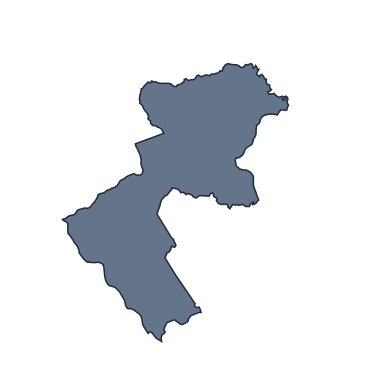 the district of São Bento do Tocantins, Tocantins, Brazil, rotated 152°
{"feature_id": "56859067B59328995641391", "entity_name": "São Bento do Tocantins", "entity_type": "district", "adm_level": 2, "iso_a3": "BRA", "parent_name": "Brazil", "parent_adm1": "Tocantins", "projection": "natural_earth1", "projection_center": [-47.96, -5.95], "detail": "fine", "context": "isolated", "style": "filled", "palette": "slate", "viewbox_px": 384, "rotation_deg": 152, "n_neighbors": 0, "source": "geoboundaries", "source_scale": "gbopen_adm2", "svg_char_len": 4505}
<svg xmlns="http://www.w3.org/2000/svg" viewBox="0 0 384 384"><g transform="rotate(152 192 192)"><path d="M179.2,309.7L180.9,309.2L183.7,308.3L186.7,306.8L188.4,306.8L189.9,304.9L191.0,303.3L192.1,302.5L193.7,300.3L195.0,298.5L195.2,296.8L196.5,295.0L195.3,292.1L195.3,290.2L195.6,288.2L195.2,285.2L194.5,282.3L194.9,279.0L196.6,277.4L196.0,275.5L195.3,274.1L196.3,272.1L195.6,269.3L192.7,267.2L192.0,265.4L190.7,264.3L189.5,262.2L189.4,260.1L189.4,257.1L194.9,257.8L213.4,260.3L219.5,261.1L220.0,258.8L220.0,255.1L220.2,253.5L220.3,249.9L220.6,248.2L221.3,246.0L221.8,244.0L223.8,241.1L224.4,238.5L224.8,235.3L225.3,233.6L227.9,231.4L229.9,231.2L231.2,232.1L232.5,232.6L233.7,233.7L234.6,235.5L236.7,235.8L238.6,236.0L240.6,236.2L242.8,236.3L244.8,235.6L247.1,235.7L248.9,235.8L251.2,235.3L252.3,234.1L253.8,233.6L255.5,232.6L258.0,232.2L259.4,232.6L261.0,233.1L262.9,232.7L266.5,233.4L269.6,232.6L271.3,232.9L274.1,233.7L276.4,233.6L278.0,231.7L279.4,231.0L280.7,230.0L283.1,229.0L285.1,228.2L287.9,226.9L289.3,226.5L291.3,226.4L294.5,228.3L297.0,228.8L298.7,229.2L301.2,229.7L302.7,229.2L304.9,227.7L307.3,227.3L309.6,228.2L311.9,228.6L313.9,228.4L315.2,228.1L317.0,228.2L319.2,228.7L318.7,226.8L317.5,225.6L316.8,224.1L316.6,222.2L319.6,216.5L320.8,213.9L320.0,209.0L319.6,205.2L319.6,202.4L319.0,199.6L318.7,197.6L319.1,195.0L319.1,193.1L320.1,191.8L320.0,190.0L319.7,187.6L319.3,184.9L318.7,182.3L317.3,179.0L315.7,178.3L313.2,176.5L310.6,175.1L307.7,174.0L305.3,171.4L304.7,170.0L305.1,167.1L308.8,158.1L309.8,153.7L309.6,149.8L308.7,147.8L306.9,146.3L305.3,144.6L304.3,143.0L302.9,138.2L302.6,132.0L302.4,128.7L302.6,127.0L303.6,124.1L304.0,121.4L303.7,119.4L300.4,117.3L299.2,115.9L298.1,113.9L295.7,108.6L295.4,105.6L295.8,103.7L297.7,98.3L297.7,94.7L297.4,90.0L297.1,87.7L295.4,88.4L293.6,87.3L292.3,79.8L290.4,76.6L289.0,74.3L288.6,76.0L286.7,78.9L285.4,80.0L283.4,80.1L281.3,81.1L281.7,83.5L279.2,85.7L275.5,88.4L267.6,87.5L264.2,80.5L262.7,79.5L257.3,79.4L255.6,80.2L254.5,81.8L250.6,83.3L242.1,82.3L240.5,81.4L239.9,84.0L239.8,87.1L242.3,88.0L243.3,90.2L241.5,92.3L242.1,94.6L242.6,100.9L245.5,126.8L246.3,139.6L246.7,146.9L244.0,148.6L242.8,150.2L241.0,149.6L238.3,150.8L235.4,153.7L233.3,151.3L231.2,152.4L230.7,159.2L231.6,161.4L233.3,189.0L226.3,195.4L225.4,196.7L223.4,198.6L221.4,200.0L219.9,200.2L218.0,201.4L216.6,200.7L210.5,203.1L209.0,203.5L207.9,205.1L204.3,202.2L202.5,199.7L202.3,196.7L200.2,196.0L198.9,194.2L198.6,192.5L196.4,192.6L193.6,189.5L192.9,186.5L190.9,184.7L188.6,185.1L186.6,185.2L184.9,183.9L183.0,183.0L181.5,181.9L178.7,180.3L177.3,181.3L175.7,182.0L173.9,181.0L174.9,178.1L173.0,174.5L174.5,173.0L174.2,170.1L173.5,168.7L171.6,167.1L166.7,164.6L167.3,161.5L166.4,159.4L164.1,160.7L161.8,161.9L160.2,160.4L158.0,159.3L156.6,158.2L153.1,157.2L151.5,154.0L148.1,152.2L146.5,153.7L144.4,154.2L142.5,154.3L144.3,152.3L142.2,151.9L140.3,152.2L138.6,153.3L136.9,153.5L136.3,159.0L135.7,161.7L135.4,164.9L134.7,169.0L130.4,177.0L130.7,180.6L131.3,182.2L132.7,184.7L134.5,186.5L136.0,187.1L138.9,189.8L140.8,194.5L139.7,197.0L139.0,199.7L137.6,201.3L134.3,200.3L132.0,200.4L130.5,200.7L127.8,202.2L126.3,203.7L124.1,205.2L122.6,205.4L116.9,205.9L114.3,208.1L113.4,209.6L111.3,210.7L109.5,211.9L108.3,213.1L105.9,217.3L103.9,220.2L102.3,220.7L99.8,221.4L97.6,223.8L95.3,225.4L92.5,225.7L88.2,224.9L84.6,223.2L80.4,220.0L77.8,221.6L75.9,222.5L74.4,222.7L72.7,221.4L71.1,220.1L69.6,220.0L68.5,221.6L66.1,223.2L66.0,226.6L63.8,228.9L63.2,230.7L64.3,232.5L66.0,229.8L68.6,230.0L68.8,231.8L67.2,231.7L65.9,232.7L67.7,234.4L70.5,234.6L72.3,237.0L73.2,240.5L75.5,241.1L78.5,242.7L77.7,244.9L75.7,244.4L73.8,245.1L74.5,247.2L73.2,249.8L74.9,251.7L74.9,254.4L73.3,256.7L74.8,258.1L74.5,260.2L75.1,263.0L77.1,263.2L78.3,262.0L79.8,265.9L77.3,267.8L75.3,268.9L76.7,270.1L76.1,271.8L76.5,273.9L78.1,272.7L79.9,272.4L78.8,276.4L80.2,277.9L82.9,277.9L85.0,279.5L86.7,278.2L88.2,278.4L90.1,278.4L91.3,281.5L92.9,283.4L95.4,284.8L98.4,287.0L100.0,288.5L102.6,288.7L103.9,288.1L106.0,287.2L108.7,284.5L110.3,285.8L112.9,284.9L115.7,285.6L117.8,286.0L119.8,287.1L121.6,286.3L122.8,287.4L124.9,288.9L127.7,289.3L129.4,289.0L131.5,292.2L133.0,292.4L135.5,290.8L138.0,290.4L139.8,291.5L141.8,291.8L143.4,292.7L143.8,294.7L145.9,295.1L147.5,292.8L148.9,293.2L150.9,292.5L152.7,292.9L154.8,293.4L156.1,292.4L158.5,293.8L159.9,297.3L161.9,299.1L169.1,302.9L170.5,304.1L172.1,306.1L173.6,306.9L175.6,309.0L178.0,308.0L179.2,309.7Z" fill="#64748b" stroke="#1e293b" stroke-width="1.5"/></g></svg>